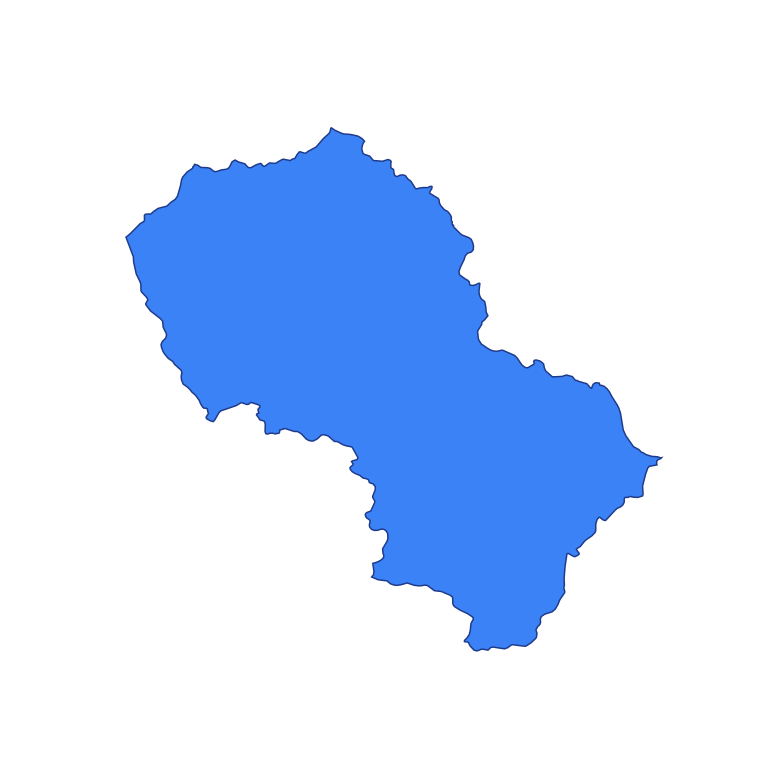 Que Phong, Nghệ An, Vietnam (Natural Earth projection), rotated 105°
{"feature_id": "81297802B37103290877054", "entity_name": "Que Phong", "entity_type": "district", "adm_level": 2, "iso_a3": "VNM", "parent_name": "Vietnam", "parent_adm1": "Nghệ An", "projection": "natural_earth1", "projection_center": [104.897, 19.706], "detail": "fine", "context": "isolated", "style": "filled", "palette": "blue", "viewbox_px": 768, "rotation_deg": 105, "n_neighbors": 0, "source": "geoboundaries", "source_scale": "gbopen_adm2", "svg_char_len": 6166}
<svg xmlns="http://www.w3.org/2000/svg" viewBox="0 0 768 768"><g transform="rotate(105 384 384)"><path d="M573.6,346.0L574.6,339.0L573.4,330.1L575.3,326.2L575.6,322.1L575.2,319.5L573.7,316.0L570.2,310.1L570.6,302.6L570.0,298.4L568.9,294.9L568.0,293.4L567.4,290.9L567.6,289.3L570.6,281.9L569.6,274.8L570.9,265.3L572.0,263.0L572.8,262.3L578.0,260.8L579.9,259.6L580.9,257.9L582.7,252.1L584.2,243.8L585.9,238.8L587.1,237.1L588.0,236.9L593.0,238.0L599.5,236.9L604.0,236.8L608.1,238.3L610.7,239.8L611.8,239.8L612.1,239.2L611.5,236.5L611.8,235.7L614.9,232.8L617.8,228.1L617.8,225.6L617.3,224.4L615.0,221.3L614.5,219.6L614.2,214.7L610.9,212.7L609.9,210.8L608.6,199.0L606.7,196.3L603.2,193.5L602.6,192.6L600.9,180.2L600.2,178.8L595.8,174.9L590.5,171.6L589.0,171.2L584.9,171.8L582.6,173.4L581.5,173.5L578.2,172.7L576.7,171.5L575.3,171.1L573.6,171.1L570.5,172.2L568.0,171.9L564.8,169.3L560.5,162.6L557.1,160.3L552.3,159.0L546.8,158.3L538.9,155.5L537.9,155.6L534.1,157.6L531.9,157.6L525.2,159.7L513.2,161.9L501.0,163.3L500.3,163.0L500.0,162.0L501.3,157.0L501.4,154.9L499.1,152.3L498.0,151.6L497.0,151.7L494.3,155.2L493.6,155.4L489.9,152.2L484.2,149.7L481.6,148.0L477.1,144.1L473.1,141.8L471.0,141.5L464.9,143.1L461.3,143.2L459.4,142.9L457.4,142.0L456.9,141.2L458.5,137.4L458.7,135.5L458.4,134.6L446.1,128.1L443.6,126.4L441.5,123.7L439.0,122.0L436.1,121.4L432.4,122.2L431.0,121.7L430.4,118.9L429.0,117.5L428.7,113.4L427.9,109.6L425.2,105.3L423.5,105.2L415.8,107.8L403.8,108.0L397.0,107.5L394.9,106.5L391.5,99.4L389.6,100.3L387.4,100.5L386.4,99.9L384.3,97.3L383.3,96.8L383.8,97.9L383.5,100.9L384.6,106.6L384.4,112.2L383.4,115.9L383.3,117.7L381.5,120.6L379.9,126.9L371.4,137.0L366.5,141.0L350.8,148.1L346.5,151.0L343.6,153.6L337.7,160.1L333.2,164.3L331.0,167.2L329.4,170.4L329.0,173.2L329.3,175.2L327.4,176.3L327.9,179.4L328.5,180.6L329.9,181.7L331.3,182.2L334.2,182.3L334.5,182.9L334.1,184.0L331.4,187.8L331.2,188.7L331.1,196.9L330.6,198.1L330.9,200.1L328.1,204.0L328.1,210.1L330.7,214.2L333.5,223.2L329.4,231.4L326.9,233.3L323.4,235.0L321.9,237.7L321.4,239.7L321.4,243.0L322.1,244.8L323.4,245.3L325.1,244.2L326.1,244.4L330.9,249.1L331.5,250.8L331.4,252.2L329.9,255.8L324.5,262.0L322.6,265.2L320.7,277.8L320.8,278.8L323.3,283.7L323.8,287.4L323.6,289.8L322.5,293.9L320.2,300.3L317.7,303.1L315.7,304.7L308.7,307.3L301.4,305.1L298.8,305.4L296.1,303.5L291.2,301.3L288.1,303.9L283.5,305.5L278.3,308.1L276.7,311.9L274.6,314.0L272.8,315.1L270.1,316.2L262.2,317.4L262.0,318.3L264.8,321.7L265.9,323.9L266.2,326.3L265.8,326.9L263.2,328.2L262.2,329.8L261.5,332.7L259.2,338.8L258.6,339.5L255.8,340.7L251.3,340.4L242.9,338.8L239.3,338.7L236.2,337.2L233.8,333.7L231.2,332.5L227.7,333.2L224.5,334.9L221.7,337.2L220.7,339.8L219.9,347.0L218.8,349.7L214.6,356.8L213.5,358.2L212.8,357.9L212.1,359.6L209.7,360.0L208.9,361.2L205.5,362.1L203.6,363.5L201.4,366.3L200.8,367.5L200.0,370.8L197.1,375.3L195.0,377.2L191.7,378.6L190.7,379.7L187.9,389.3L186.5,389.5L182.9,388.4L180.9,388.7L180.8,389.6L181.3,390.7L183.1,392.8L183.9,396.4L185.7,400.8L187.0,402.8L187.0,404.3L181.6,410.0L180.9,411.1L179.8,414.0L177.2,417.3L177.1,419.6L178.1,422.6L180.1,424.8L180.3,425.8L179.8,427.6L177.5,429.0L174.3,430.3L173.4,433.3L169.7,434.4L167.2,434.7L166.4,435.7L166.1,438.2L169.2,443.0L170.9,452.1L167.6,456.8L167.2,462.9L166.7,463.9L163.7,465.8L161.8,466.5L157.1,466.6L154.6,465.6L152.7,468.6L151.5,472.5L151.3,474.0L151.7,481.4L152.9,487.7L152.7,490.7L151.6,497.0L150.2,501.2L150.8,501.6L154.4,501.4L156.5,502.1L162.6,506.1L172.6,510.9L179.0,517.6L181.3,519.4L181.6,520.8L181.4,524.6L181.7,525.9L184.8,527.3L188.6,528.3L189.6,529.0L190.5,530.8L192.4,532.3L192.9,539.4L193.5,540.5L198.7,545.7L199.2,546.8L200.1,551.8L204.7,555.7L204.9,556.8L203.0,559.7L203.0,560.7L205.5,564.4L209.4,568.4L209.8,569.3L210.0,571.1L209.5,572.2L207.3,575.4L207.2,581.9L206.2,585.8L208.6,588.2L213.9,589.3L215.6,590.0L217.2,591.5L219.4,596.8L221.6,599.8L222.6,602.0L222.6,603.5L220.7,607.8L220.8,610.6L222.2,617.0L220.8,620.8L221.0,622.6L220.7,623.5L221.1,624.0L222.5,624.0L223.9,624.9L225.0,624.6L230.4,629.2L236.1,631.9L238.9,632.4L245.3,631.9L255.9,632.1L259.6,633.4L263.2,636.5L268.5,639.9L272.8,647.6L276.6,650.9L280.3,653.4L280.8,655.8L281.8,658.4L283.1,659.1L287.5,657.8L289.0,657.9L292.2,661.0L304.8,668.2L309.0,671.2L326.0,659.0L331.0,657.4L341.8,651.8L349.1,645.5L351.2,644.5L356.5,643.0L357.9,642.0L361.6,635.9L363.6,633.9L367.9,634.9L369.0,634.6L373.9,628.4L378.7,617.0L380.6,614.1L386.5,611.9L391.3,607.6L393.0,606.7L396.1,606.7L400.3,609.1L403.4,609.6L406.1,608.5L409.8,605.8L411.4,604.2L415.0,599.2L416.9,593.9L419.2,591.4L423.3,583.3L425.5,582.2L429.1,581.9L430.9,581.3L433.0,580.3L436.1,577.9L437.7,573.4L439.7,569.8L441.4,567.7L443.7,563.0L447.6,558.3L450.5,556.1L453.4,553.0L453.9,552.0L453.5,549.3L453.9,548.1L456.3,547.1L457.7,545.9L461.9,547.2L462.6,547.1L463.6,546.0L464.6,541.5L464.5,539.1L462.4,538.1L454.7,536.1L452.2,534.7L443.0,521.0L439.2,517.4L438.9,516.2L439.3,511.2L438.5,509.5L436.2,507.8L436.6,499.7L437.4,498.2L438.6,497.8L440.1,498.9L441.5,499.1L444.6,497.4L445.7,499.0L446.8,499.2L450.8,494.4L450.8,490.6L451.6,489.3L453.9,488.2L461.0,486.5L462.7,485.0L462.4,483.3L461.1,481.5L460.4,479.1L460.3,475.7L459.5,474.9L458.9,472.8L457.3,472.4L455.6,472.9L452.6,468.0L453.1,458.7L452.3,454.9L453.7,450.6L457.2,445.1L458.0,442.2L457.8,438.8L457.0,437.1L453.9,433.9L449.8,431.5L448.8,429.9L448.5,427.4L448.7,424.3L452.3,417.1L451.7,414.0L453.3,407.9L453.5,404.1L453.1,399.0L453.5,398.2L461.9,390.1L463.6,390.3L464.8,391.6L466.1,394.2L467.3,395.3L469.2,393.2L469.9,393.0L473.4,395.2L475.1,394.6L477.0,391.9L477.9,388.8L478.6,383.5L480.2,380.2L480.1,375.6L480.4,374.6L481.0,373.8L483.0,372.6L483.3,368.7L485.4,365.9L488.4,365.1L495.4,365.9L496.5,365.5L499.5,362.6L500.9,362.3L510.1,363.9L512.5,367.2L513.4,367.9L514.9,368.3L516.9,367.3L518.0,365.8L518.6,363.7L519.4,362.4L520.4,361.8L523.9,361.7L525.9,360.8L527.6,358.4L527.9,355.5L527.0,352.3L525.3,349.9L524.3,346.9L525.2,344.1L527.1,342.1L528.2,341.5L532.5,340.2L535.3,340.4L543.6,342.7L547.7,341.2L549.5,339.9L552.0,339.5L555.5,341.8L557.9,344.7L560.2,348.4L567.9,345.1L571.0,344.8L573.6,346.0Z" fill="#3b82f6" stroke="#1e3a8a" stroke-width="1.5"/></g></svg>